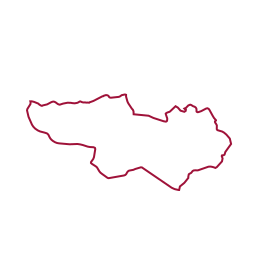 Hedmark, orthographic projection, rotated 117°
{"feature_id": "NOR-919", "entity_name": "Hedmark", "entity_type": "County", "adm_level": 1, "iso_a3": "NOR", "parent_name": "Norway", "parent_adm1": "", "projection": "orthographic", "projection_center": [11.196, 61.296], "detail": "fine", "context": "isolated", "style": "outline", "palette": "rose", "viewbox_px": 256, "rotation_deg": 117, "n_neighbors": 0, "source": "natural_earth", "source_scale": "10m", "svg_char_len": 2839}
<svg xmlns="http://www.w3.org/2000/svg" viewBox="0 0 256 256"><g transform="rotate(117 128 128)"><path d="M160.0,54.3L160.3,54.9L161.2,58.4L161.3,59.4L161.4,62.0L159.1,79.9L156.8,97.8L157.3,98.8L161.2,102.9L162.8,104.2L165.5,107.7L166.5,108.3L167.7,108.6L170.0,108.7L171.1,109.1L172.1,110.0L181.3,122.2L181.6,122.8L181.7,123.7L180.7,130.3L180.3,132.3L179.6,133.9L177.2,137.7L177.0,138.3L176.8,139.3L176.3,144.1L176.2,144.4L176.0,145.1L175.2,145.5L171.4,144.9L169.4,145.1L161.6,147.6L160.7,148.5L160.8,150.0L162.2,153.2L162.9,155.5L163.7,160.6L164.3,163.1L165.2,165.8L169.0,172.6L173.0,182.5L173.6,184.5L173.8,186.6L173.6,189.2L173.2,190.9L172.7,192.2L172.0,193.4L170.2,195.8L169.8,196.8L169.6,197.9L170.0,200.3L171.0,204.8L171.1,207.3L170.7,210.4L169.8,213.0L168.6,215.1L163.2,221.7L158.1,226.0L156.7,226.3L151.0,225.8L149.2,226.5L148.6,227.1L148.2,226.4L147.9,225.8L147.7,224.9L147.4,223.7L147.0,219.2L147.0,218.9L147.1,218.6L147.3,218.0L147.4,217.5L147.5,215.8L147.4,214.9L147.3,214.7L146.5,214.1L143.7,210.8L139.7,208.0L138.7,207.0L138.3,206.4L138.1,205.8L138.0,204.3L138.5,201.4L138.4,200.2L138.2,199.4L135.7,196.9L132.9,193.3L131.5,190.3L131.1,188.9L130.2,186.7L128.6,184.6L128.0,184.1L126.4,183.1L126.2,182.9L125.9,182.4L125.9,181.1L125.7,180.0L125.4,179.1L124.7,177.9L124.4,176.9L123.6,175.4L123.1,174.1L122.5,173.9L122.4,173.7L119.6,171.1L111.4,165.2L110.8,164.4L110.5,164.4L110.1,164.1L108.7,162.6L108.4,161.9L108.2,161.1L108.2,160.5L108.3,159.9L109.0,158.8L109.1,158.1L108.8,157.0L104.5,150.4L103.7,149.6L101.6,148.5L99.7,146.2L99.4,145.5L99.3,144.8L100.3,144.3L100.6,144.1L101.0,143.9L104.7,140.5L105.9,138.9L109.0,133.4L109.2,132.9L109.5,132.0L110.6,130.7L113.2,129.2L107.7,115.2L107.5,109.9L105.8,99.3L105.2,97.3L104.8,96.8L104.4,96.6L103.8,96.5L102.2,97.1L101.4,97.6L100.7,98.4L98.2,100.9L97.9,100.9L96.9,100.4L95.4,99.1L94.9,98.5L94.3,98.1L87.0,95.5L87.2,92.8L88.7,89.1L88.0,85.2L86.7,84.4L85.4,84.7L85.2,84.9L85.3,85.1L85.4,85.3L85.5,85.5L85.1,86.6L83.7,85.5L80.5,84.5L79.0,83.2L78.9,82.6L78.8,81.8L79.0,80.5L79.0,79.8L78.8,78.2L78.9,77.7L79.0,77.0L79.4,76.3L79.9,75.7L82.2,74.4L82.4,73.8L82.3,73.1L81.8,72.4L79.7,70.4L75.3,67.3L74.4,66.3L74.3,64.9L74.8,63.8L78.6,58.2L80.1,55.8L80.3,55.1L80.8,54.2L80.9,53.6L81.1,53.2L81.4,53.0L82.6,53.5L83.1,53.3L83.6,52.8L84.3,51.5L84.9,50.6L85.4,50.0L88.3,48.6L88.7,48.4L89.3,47.4L88.8,44.5L88.4,42.6L88.5,40.4L89.2,37.4L91.2,32.5L95.4,28.9L105.1,30.4L107.9,29.9L108.9,30.5L109.2,30.9L109.3,31.2L109.5,31.5L109.7,31.8L110.1,31.8L110.5,31.7L112.2,29.9L115.1,29.1L122.5,31.1L123.9,32.0L124.0,33.0L124.1,33.9L124.4,35.3L124.8,36.7L125.3,37.7L126.0,38.8L133.9,46.4L134.4,47.2L135.1,48.8L136.0,50.2L137.0,50.9L139.2,51.3L140.0,51.8L140.7,52.3L141.3,52.7L141.8,52.8L144.2,52.1L145.1,51.6L151.3,52.9L156.5,55.2L160.0,54.3L160.0,54.3Z" fill="none" stroke="#9f1239" stroke-width="2"/></g></svg>